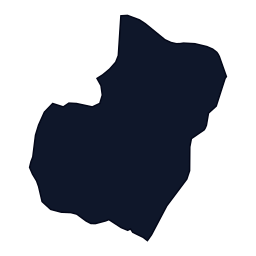 map outline of Bioko Sur (Natural Earth projection)
{"feature_id": "GNQ-1479", "entity_name": "Bioko Sur", "entity_type": "Province", "adm_level": 1, "iso_a3": "GNQ", "parent_name": "Equatorial Guinea", "parent_adm1": "", "projection": "natural_earth1", "projection_center": [8.643, 3.416], "detail": "fine", "context": "isolated", "style": "filled", "palette": "ink", "viewbox_px": 256, "rotation_deg": 0, "n_neighbors": 0, "source": "natural_earth", "source_scale": "10m", "svg_char_len": 887}
<svg xmlns="http://www.w3.org/2000/svg" viewBox="0 0 256 256"><path d="M226.4,76.6L225.1,78.4L216.2,106.1L208.5,113.1L206.4,125.3L205.2,128.1L204.2,129.8L191.4,138.6L189.8,146.9L189.6,170.7L186.8,179.1L166.8,205.8L151.5,234.8L147.4,240.6L143.1,237.3L132.8,232.3L130.5,228.9L127.7,230.3L121.2,227.6L108.9,219.6L105.6,220.9L95.4,223.6L90.9,223.5L86.1,221.0L76.7,214.1L70.9,212.6L61.3,212.2L50.7,209.4L42.1,201.6L38.6,186.5L36.6,180.9L32.5,174.1L29.6,167.4L31.0,161.6L32.8,156.9L35.5,135.1L38.6,125.0L44.4,112.1L52.7,103.5L63.3,106.9L68.9,103.1L76.4,103.5L92.3,106.9L99.8,103.4L102.3,95.1L101.0,85.6L97.0,78.4L102.6,74.9L109.6,69.1L115.7,62.2L118.3,55.6L120.9,15.8L127.5,15.4L139.5,19.9L145.4,23.8L164.9,39.7L171.0,42.5L176.3,43.7L180.1,43.6L183.5,43.1L194.8,43.7L206.9,46.6L212.7,49.1L216.8,52.3L218.1,54.2L219.3,56.5L226.4,76.6Z" fill="#0f172a" stroke="#020617" stroke-width="1.5"/></svg>